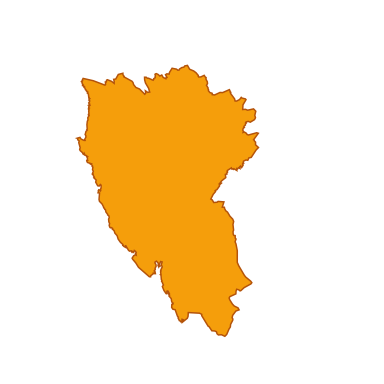 outline of Vestby nor, Akershus, Norway, rotated 338°
{"feature_id": "86288312B18050772568406", "entity_name": "Vestby nor", "entity_type": "district", "adm_level": 2, "iso_a3": "NOR", "parent_name": "Norway", "parent_adm1": "Akershus", "projection": "albers", "projection_center": [10.767, 59.56], "detail": "fine", "context": "isolated", "style": "filled", "palette": "amber", "viewbox_px": 384, "rotation_deg": 338, "n_neighbors": 0, "source": "geoboundaries", "source_scale": "gbopen_adm2", "svg_char_len": 6032}
<svg xmlns="http://www.w3.org/2000/svg" viewBox="0 0 384 384"><g transform="rotate(338 192 192)"><path d="M280.2,138.0L274.2,137.0L272.6,135.4L269.9,134.5L271.9,130.3L276.7,126.6L276.4,125.7L273.5,123.6L273.1,122.7L270.7,124.1L267.4,124.4L266.0,123.7L266.4,121.7L264.7,115.1L265.3,114.1L264.7,113.4L265.1,112.8L265.0,111.1L257.6,111.3L255.3,110.2L249.3,110.5L247.2,109.3L247.6,108.6L247.6,107.9L245.9,106.6L245.1,104.3L245.6,103.7L245.5,102.2L245.9,101.6L245.4,98.5L247.0,97.3L247.5,95.5L247.2,92.7L247.9,91.2L247.5,91.0L247.0,88.4L243.3,88.6L241.3,87.9L241.1,87.1L241.5,86.3L240.4,82.9L238.9,80.4L235.8,77.3L235.2,72.9L232.5,72.4L231.2,73.2L229.1,72.8L226.5,73.3L225.7,74.1L224.5,73.8L223.7,72.3L219.9,69.8L215.9,72.7L215.0,74.1L212.9,73.0L211.4,73.3L211.7,76.4L210.9,76.2L210.2,77.2L208.2,75.0L207.8,72.2L205.6,72.4L204.6,70.3L203.3,68.9L202.2,68.8L201.7,69.2L201.6,70.6L200.9,71.4L200.8,72.2L198.9,72.6L198.7,73.3L197.8,73.8L194.3,70.2L193.3,69.9L192.5,68.4L191.0,67.8L190.1,70.3L189.7,73.5L190.6,79.6L190.2,83.5L188.2,83.0L186.7,80.7L186.1,83.0L184.8,83.7L181.9,76.8L179.1,74.0L178.1,70.5L178.3,68.5L177.9,66.9L172.0,59.7L172.4,59.4L171.9,57.4L172.4,56.0L167.7,55.4L163.6,58.7L161.6,58.2L161.3,60.3L160.5,62.1L158.8,59.2L155.6,56.2L154.7,56.3L153.8,57.8L152.9,57.5L152.1,60.0L151.3,60.3L142.1,51.8L133.6,45.9L132.0,47.3L132.2,47.8L130.8,48.3L131.2,49.1L130.8,50.5L131.1,51.2L130.5,52.1L131.2,52.3L130.9,53.0L131.3,53.3L131.1,54.0L131.7,54.2L131.3,55.0L131.7,55.8L131.5,57.2L132.1,58.0L131.9,58.5L132.2,59.4L132.8,59.7L132.8,60.5L132.0,61.0L132.6,62.3L131.6,66.1L132.0,66.1L131.9,66.9L132.2,67.2L130.8,68.1L131.3,68.8L130.8,70.0L129.6,70.7L129.7,71.7L130.1,72.2L129.9,72.6L128.7,72.8L129.5,73.6L128.5,73.9L127.8,75.1L128.2,75.7L127.2,76.0L127.0,76.9L127.3,77.2L126.4,78.6L125.9,80.6L125.0,81.2L124.9,81.7L125.4,81.7L125.4,82.4L123.2,84.1L122.5,86.3L121.5,87.1L119.8,90.2L118.4,94.4L117.9,94.8L117.6,94.2L118.0,95.4L116.4,96.1L114.4,98.8L114.7,99.7L114.2,101.4L112.2,103.0L112.2,104.1L111.3,103.8L109.3,101.7L108.8,100.9L108.6,99.4L105.6,99.1L106.1,99.6L105.6,100.7L106.5,102.5L105.5,103.8L104.9,109.1L103.8,110.4L103.8,111.7L105.2,114.5L105.2,115.9L105.8,116.7L106.5,115.9L106.6,117.9L107.9,118.8L107.8,119.7L108.1,119.9L107.6,120.0L107.9,121.3L107.1,122.6L107.2,123.5L106.2,123.4L106.0,124.5L106.2,125.5L109.1,128.0L108.4,128.1L109.2,129.3L109.5,130.4L109.0,130.9L109.4,131.8L108.1,134.1L108.3,135.8L106.2,138.0L106.5,138.6L107.0,138.2L106.7,139.9L107.0,141.7L106.3,142.0L107.6,145.0L106.4,146.8L106.9,150.9L108.2,151.7L109.8,150.7L110.3,151.7L109.1,154.4L108.3,155.0L107.9,156.5L107.5,156.7L107.3,155.7L106.4,155.0L105.4,155.9L105.4,156.8L104.6,157.5L105.9,158.3L103.0,164.1L102.7,166.0L104.1,169.4L104.4,172.4L104.2,173.6L104.7,174.2L104.6,175.4L105.1,175.9L104.7,178.4L105.4,180.9L105.2,181.6L106.0,183.1L105.7,184.7L104.5,185.9L103.7,188.6L103.8,190.3L102.7,192.0L102.6,193.8L102.9,194.6L103.9,194.8L104.7,196.0L104.2,196.4L105.3,198.7L105.1,201.3L106.2,204.4L105.9,208.1L106.8,211.9L108.2,214.7L107.8,215.5L108.2,215.6L108.4,216.9L109.7,218.5L110.4,216.4L111.3,222.3L111.9,223.4L113.7,223.8L114.0,224.4L113.6,224.9L113.8,225.5L114.7,225.0L115.3,226.1L116.6,224.6L117.4,225.9L117.6,227.3L117.0,227.9L116.7,229.2L116.3,228.3L115.6,229.2L114.1,229.2L111.7,230.9L111.8,232.1L113.3,236.7L114.2,241.8L120.7,254.6L121.9,255.1L122.4,254.1L125.2,253.4L125.7,252.7L126.9,253.8L127.3,252.9L127.6,253.3L127.9,251.7L127.4,251.0L128.9,250.1L129.2,248.9L130.9,247.4L131.4,245.8L131.1,243.9L131.5,243.1L133.1,242.8L134.0,245.1L133.8,246.4L133.0,247.2L133.1,248.9L133.5,248.4L134.9,249.3L133.8,247.8L136.8,244.7L138.1,245.7L135.8,248.5L136.4,249.2L136.3,250.3L133.6,252.9L133.7,253.6L133.0,254.1L132.3,256.9L131.8,256.9L132.1,257.5L130.8,261.7L130.9,262.9L130.3,263.6L130.7,264.8L130.5,265.9L130.7,267.5L129.1,268.5L129.1,272.8L129.9,276.5L130.5,276.9L131.2,276.0L131.5,274.6L132.3,274.6L132.7,275.0L132.9,277.5L132.4,277.3L132.5,278.6L132.2,278.4L132.3,279.0L131.7,279.8L132.8,283.1L132.2,285.5L132.2,288.3L132.6,288.3L132.0,289.0L131.1,288.8L129.9,291.4L130.4,293.6L132.3,294.8L132.0,301.8L132.5,302.9L131.9,303.6L132.1,306.5L132.5,306.6L133.1,308.3L133.7,308.3L134.0,309.6L133.9,308.6L135.1,306.3L136.2,307.3L134.8,309.0L140.4,307.3L141.7,305.9L143.4,302.4L153.6,307.2L155.2,309.1L154.7,310.3L156.7,322.5L157.4,323.3L158.4,328.1L160.9,329.3L162.3,330.7L162.1,332.8L162.9,334.4L165.9,335.4L168.4,338.1L170.8,337.1L174.9,333.0L177.0,331.5L178.2,329.2L181.7,326.2L182.3,325.1L182.1,323.6L183.5,321.6L188.1,318.8L191.5,318.9L191.3,316.7L188.5,313.6L187.5,311.1L186.6,306.0L186.7,304.2L187.9,303.2L194.5,302.9L195.7,300.4L197.0,298.9L198.7,300.2L199.5,301.7L200.5,301.7L204.5,300.2L212.2,299.3L213.5,298.5L213.0,296.6L209.9,290.9L209.3,288.7L207.7,277.9L207.6,274.2L212.0,263.4L213.3,256.7L213.3,254.3L215.2,252.1L214.8,250.9L215.7,248.6L214.5,247.9L214.4,246.6L215.2,244.1L216.3,242.9L217.8,237.5L219.6,234.9L219.6,232.4L218.1,228.6L217.4,224.0L216.3,222.1L216.0,219.8L216.3,218.3L214.4,217.4L217.9,213.1L212.7,210.5L211.5,210.9L208.2,209.9L207.8,206.9L206.8,205.6L210.8,202.1L214.0,200.4L214.0,199.4L216.1,199.1L219.8,196.7L220.3,194.6L220.9,194.4L221.2,195.3L222.6,194.8L221.8,193.9L223.8,192.7L228.7,191.3L229.5,188.2L231.1,188.4L231.2,187.5L232.5,186.8L232.3,185.9L232.9,185.3L237.4,184.4L237.2,185.2L237.6,185.7L238.2,185.6L238.8,186.5L239.5,186.1L241.6,188.8L241.8,187.8L242.4,187.0L242.9,187.7L244.3,186.9L245.3,188.2L245.8,186.4L246.8,186.1L247.2,187.9L249.3,186.4L249.1,185.7L249.7,185.4L249.7,184.5L250.7,184.6L250.6,183.8L251.3,182.7L254.0,182.5L255.6,183.5L257.5,181.7L259.9,182.1L267.1,177.1L270.3,175.7L268.6,172.0L269.6,169.6L269.0,168.1L269.1,167.1L268.7,166.6L275.5,162.4L274.2,161.3L265.7,160.3L264.6,159.3L264.4,157.9L263.0,156.0L261.7,155.9L262.4,155.1L262.2,153.7L263.3,152.2L264.6,151.8L264.3,151.3L264.8,150.6L266.6,149.9L267.0,148.9L268.1,148.4L267.8,147.7L268.5,147.3L270.6,147.6L272.2,149.1L277.1,148.3L278.7,146.9L278.9,144.5L281.4,141.0L280.2,138.0Z" fill="#f59e0b" stroke="#b45309" stroke-width="1.5"/></g></svg>